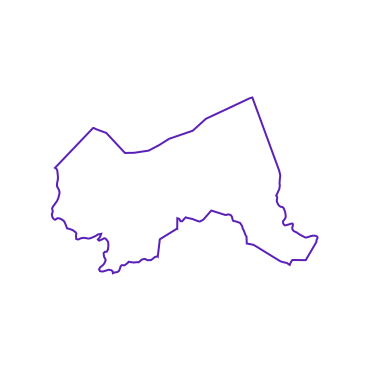 the district of Pelouze, Praslin, Saint Lucia, rotated 26°
{"feature_id": "8701671B45915520468586", "entity_name": "Pelouze", "entity_type": "district", "adm_level": 2, "iso_a3": "LCA", "parent_name": "Saint Lucia", "parent_adm1": "Praslin", "projection": "natural_earth1", "projection_center": [-60.921, 13.879], "detail": "fine", "context": "isolated", "style": "outline", "palette": "violet", "viewbox_px": 384, "rotation_deg": 26, "n_neighbors": 0, "source": "geoboundaries", "source_scale": "gbopen_adm2", "svg_char_len": 5295}
<svg xmlns="http://www.w3.org/2000/svg" viewBox="0 0 384 384"><g transform="rotate(26 192 192)"><path d="M189.5,264.9L183.8,248.6L194.6,231.5L194.8,231.5L190.3,222.0L192.4,221.8L194.4,223.3L196.0,222.6L196.6,220.3L197.4,217.6L200.1,217.1L204.0,216.1L209.9,215.6L212.0,215.1L214.3,211.9L217.5,200.2L232.3,198.0L234.4,196.2L236.6,195.7L238.5,196.5L240.4,198.8L241.8,199.9L244.5,199.2L248.7,198.7L252.1,200.7L253.5,202.5L255.5,204.0L259.4,207.6L260.5,208.1L263.8,214.3L270.5,212.5L301.3,215.5L303.0,215.4L306.5,214.7L308.2,214.2L311.0,214.6L311.8,214.7L311.6,211.5L312.0,209.1L324.1,203.4L325.7,182.4L325.5,181.9L325.2,181.3L325.0,180.3L325.0,179.4L325.0,178.3L324.5,177.6L323.7,177.2L322.9,177.1L322.1,177.3L321.3,177.5L320.5,177.9L319.7,178.3L319.0,179.0L318.3,179.4L317.6,180.0L317.0,180.7L316.4,181.3L315.7,181.9L315.0,182.5L314.3,183.1L313.5,183.2L312.6,183.2L311.7,183.2L310.9,183.1L310.0,183.1L309.2,183.1L308.3,183.1L307.5,183.0L306.6,182.9L305.8,182.8L304.9,182.6L304.1,182.5L303.2,182.5L302.4,182.5L301.5,182.5L300.6,182.5L299.8,182.2L299.0,181.8L298.4,181.2L297.9,180.4L297.6,179.5L297.5,178.5L297.2,177.6L296.8,176.7L296.6,176.7L296.0,176.4L295.2,176.8L294.6,177.4L293.9,178.1L293.3,178.7L292.6,179.3L292.2,179.6L291.9,179.8L291.2,180.5L290.8,180.8L290.5,181.1L289.7,181.3L288.9,181.0L288.1,180.5L287.5,179.9L286.9,179.1L286.6,178.2L286.9,177.3L287.1,176.4L287.2,175.4L287.3,174.4L287.2,173.5L286.8,172.6L286.3,171.8L285.8,171.0L285.3,170.2L284.7,169.5L284.1,168.8L283.4,168.1L282.7,167.5L282.1,166.9L281.3,166.3L280.6,166.0L279.7,165.9L278.9,166.2L278.1,166.4L277.2,166.3L276.3,166.1L275.6,165.8L274.8,165.4L274.1,164.8L273.4,164.2L272.7,163.6L272.1,162.9L271.8,162.0L271.5,161.1L271.2,160.2L270.8,159.3L270.1,158.6L269.3,158.4L269.3,155.9L269.1,150.8L268.0,147.5L267.0,146.1L265.7,142.9L264.0,138.3L261.0,134.6L204.8,80.6L203.7,81.6L202.3,83.0L196.4,90.4L191.7,96.2L180.0,110.7L172.4,120.1L165.8,136.6L148.1,154.2L142.2,163.8L134.9,173.8L122.7,182.2L114.6,186.3L89.1,176.5L79.1,177.5L75.4,177.6L75.0,177.9L58.3,230.3L58.9,230.3L59.0,230.4L59.3,230.4L59.5,230.5L60.0,230.7L60.4,230.9L60.5,230.9L60.7,231.0L61.0,231.3L61.2,231.5L61.5,231.8L61.6,232.0L61.8,232.2L61.9,232.4L62.2,232.8L62.5,233.3L62.9,234.0L63.4,234.7L63.6,235.2L63.9,235.5L64.1,235.9L64.3,236.2L64.5,236.5L64.9,237.2L65.0,237.4L65.1,237.8L65.3,238.1L65.5,238.6L65.6,238.8L65.7,239.0L65.8,239.1L65.8,239.3L65.9,239.6L66.0,239.7L66.0,239.9L66.1,240.0L66.3,241.0L66.4,241.5L66.5,241.7L66.6,242.0L66.7,242.4L66.7,242.6L66.9,243.1L66.9,243.3L67.0,243.5L67.1,243.8L67.1,244.0L67.3,244.3L67.4,244.6L67.5,244.8L67.7,245.1L67.9,245.4L67.9,245.6L68.1,245.7L68.2,245.9L68.3,246.0L68.5,246.3L68.9,246.6L69.1,246.7L69.2,246.8L69.4,247.0L69.5,247.0L69.9,247.3L70.1,247.4L70.5,247.7L70.6,247.8L71.0,248.1L71.2,248.3L71.3,248.4L71.5,248.5L71.9,248.9L72.1,249.1L72.2,249.3L72.6,249.6L72.8,250.0L73.0,250.3L73.3,251.0L73.5,251.3L73.5,251.5L73.6,251.8L73.6,252.0L73.7,252.3L73.8,252.5L73.9,253.2L74.0,253.6L74.1,253.8L74.1,254.0L74.2,254.4L74.2,254.7L74.3,254.9L74.4,255.3L74.4,255.5L74.5,256.0L74.5,256.4L74.5,257.0L74.6,258.1L74.6,258.4L74.6,259.3L74.6,259.5L74.5,259.9L74.5,260.1L74.5,260.3L74.4,260.4L74.4,260.6L74.4,260.8L74.2,261.7L74.1,262.1L74.1,262.4L74.0,262.9L74.0,263.1L73.9,263.3L73.9,263.5L73.8,264.0L73.8,264.5L73.7,264.8L73.6,265.0L73.6,265.3L73.5,265.5L73.5,265.8L73.4,266.1L73.4,266.3L73.4,267.2L73.4,267.4L73.4,267.6L73.5,267.8L73.5,268.0L73.7,268.4L73.8,268.5L74.0,268.8L74.2,269.1L74.5,269.4L74.6,269.6L74.8,269.8L75.0,269.9L75.2,270.3L75.3,270.4L75.4,270.6L75.5,271.0L75.6,271.4L75.6,272.2L75.7,272.4L75.7,272.6L75.7,272.8L75.7,273.0L75.8,273.2L75.8,273.3L75.8,273.5L76.0,273.7L76.0,273.8L76.2,274.1L76.3,274.2L76.4,274.4L76.5,274.5L76.7,274.8L76.8,275.0L77.1,275.2L77.2,275.3L77.4,275.5L77.5,275.7L77.8,275.9L78.0,276.1L78.2,276.3L78.4,276.4L78.5,276.5L78.8,276.6L79.0,276.6L79.5,276.8L80.0,276.9L80.2,277.0L80.4,277.0L80.5,277.0L81.0,277.0L81.1,276.9L81.3,276.8L81.4,276.7L81.6,276.2L81.8,275.9L81.9,275.7L82.1,275.3L82.2,275.0L82.4,274.8L82.5,274.7L82.9,274.4L83.2,274.2L83.4,274.2L83.9,274.0L84.1,273.9L84.3,273.9L84.7,273.9L84.9,273.8L86.7,273.8L86.9,273.8L87.3,273.8L87.5,273.8L87.8,273.9L88.1,273.9L88.3,274.0L88.6,274.0L88.8,274.1L89.1,274.2L89.3,274.2L89.4,274.3L89.6,274.4L89.8,274.4L90.0,274.5L90.3,274.6L90.6,274.8L90.7,275.0L92.3,276.3L93.3,277.2L95.7,279.5L97.5,279.0L101.5,278.5L103.1,278.9L105.1,279.2L106.3,280.1L106.9,282.2L108.6,285.0L110.7,284.5L112.6,282.1L114.5,280.8L115.7,280.3L119.2,279.3L120.9,278.2L124.5,274.0L126.0,271.5L128.7,269.4L128.9,270.8L129.0,273.1L128.2,275.9L129.2,276.4L130.0,276.4L130.7,275.4L131.9,274.1L133.4,272.0L134.7,271.8L137.1,272.8L138.6,273.8L140.3,276.7L141.7,280.6L141.5,283.1L139.9,284.0L139.4,285.4L139.7,286.4L141.5,288.9L142.9,289.8L144.3,291.1L144.5,294.5L144.1,296.4L142.4,300.2L142.4,302.3L143.8,303.4L145.1,303.2L146.6,302.6L147.5,301.9L149.8,299.7L151.3,298.3L153.9,297.7L155.4,298.1L156.4,299.6L156.5,299.7L157.6,298.3L160.0,296.7L161.0,294.7L160.9,293.9L160.8,292.5L160.4,289.9L161.0,288.5L163.5,287.5L165.3,284.0L165.6,282.5L167.8,281.9L169.2,281.3L170.3,281.1L173.3,279.2L174.9,278.5L176.7,274.5L178.9,272.8L181.9,272.8L185.0,271.2L186.4,268.4L187.1,266.8L189.0,265.1L189.0,264.7L189.5,264.9Z" fill="none" stroke="#5b21b6" stroke-width="2"/></g></svg>